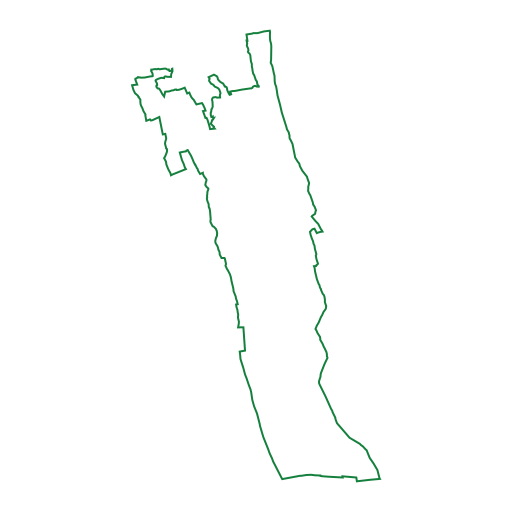 Bogdanita, Vaslui, Romania
{"feature_id": "2599482B30412636472664", "entity_name": "Bogdanita", "entity_type": "district", "adm_level": 2, "iso_a3": "ROU", "parent_name": "Romania", "parent_adm1": "Vaslui", "projection": "equal_earth", "projection_center": [27.663, 46.443], "detail": "fine", "context": "isolated", "style": "outline", "palette": "green", "viewbox_px": 512, "rotation_deg": 0, "n_neighbors": 0, "source": "geoboundaries", "source_scale": "gbopen_adm2", "svg_char_len": 5942}
<svg xmlns="http://www.w3.org/2000/svg" viewBox="0 0 512 512"><path d="M356.9,481.3L369.9,479.8L379.9,478.9L379.5,478.2L377.4,470.0L373.5,463.4L369.7,457.9L366.6,450.2L365.4,449.2L363.1,446.6L360.8,444.9L359.9,443.9L349.6,437.8L337.0,423.2L335.6,419.5L335.2,417.5L332.5,412.0L332.3,410.9L331.0,408.7L325.6,396.6L319.5,384.3L319.1,383.2L319.0,381.9L319.2,380.6L320.5,376.6L320.6,374.6L321.0,373.0L324.4,364.3L327.5,357.8L326.9,356.2L326.9,354.2L326.4,352.0L324.4,347.8L323.8,346.8L322.4,343.4L320.4,340.1L320.2,339.5L320.3,338.8L320.0,336.9L317.5,333.0L316.5,330.6L315.5,329.0L316.8,325.7L318.7,322.5L320.9,317.2L322.2,315.0L323.5,312.0L325.8,308.8L326.2,306.0L324.9,302.3L324.9,299.5L324.4,296.5L323.9,295.1L322.7,293.8L320.9,289.6L321.0,289.2L320.0,287.6L319.4,285.0L318.7,284.0L316.9,279.2L315.0,271.2L314.6,267.9L314.0,266.2L316.1,266.0L316.5,265.0L317.2,264.7L318.0,263.7L316.5,259.3L315.8,255.5L316.3,254.5L316.3,253.9L314.9,248.9L314.5,245.7L313.5,243.6L313.1,241.4L311.9,238.6L310.6,234.8L310.0,231.8L312.4,229.3L314.5,228.7L316.8,233.1L317.6,232.7L320.4,231.9L322.5,231.6L321.9,230.5L320.8,229.0L318.2,223.9L315.4,221.0L311.7,216.5L312.2,215.8L315.0,213.9L315.2,213.5L315.4,211.8L316.0,210.3L314.5,206.5L313.2,204.6L312.7,202.1L310.2,195.0L309.3,193.7L308.1,190.9L308.3,188.2L308.2,186.9L308.9,184.3L309.1,183.1L309.0,182.7L307.9,179.8L306.9,176.6L302.3,170.7L299.9,166.2L299.4,164.0L298.7,162.8L298.0,162.1L295.2,157.6L292.5,144.0L290.8,140.3L289.8,138.8L289.5,137.4L289.5,135.3L289.0,133.9L288.8,132.5L287.0,129.4L286.3,126.7L281.8,112.5L280.0,104.6L277.5,95.4L276.8,90.4L276.1,86.4L275.4,84.8L275.0,83.3L274.7,81.4L274.5,75.7L273.8,73.2L273.1,69.7L272.3,66.1L270.7,62.7L271.1,59.9L271.3,46.3L271.1,43.9L270.2,40.7L269.9,37.1L270.0,31.8L269.8,30.7L264.1,31.4L257.6,33.1L253.4,33.1L252.2,33.6L246.5,34.5L247.4,40.7L246.6,40.6L247.2,43.9L246.8,45.1L247.0,46.2L248.0,48.2L248.3,49.4L248.4,50.5L247.9,51.7L248.4,52.7L249.5,53.5L250.3,55.2L250.8,60.3L251.0,61.6L251.8,63.8L251.9,67.1L252.3,68.2L252.5,70.4L253.2,73.7L254.1,75.0L255.7,79.7L256.9,81.6L257.4,84.5L258.8,86.2L258.7,86.7L256.5,86.5L255.6,86.0L254.7,85.9L253.3,86.5L252.8,86.9L252.4,87.8L251.2,88.4L250.3,88.4L241.9,89.6L235.2,90.9L232.3,91.1L230.2,91.6L231.1,94.3L229.6,94.8L228.1,92.1L227.3,90.3L226.8,87.7L226.4,87.0L225.6,86.8L225.3,86.4L224.8,86.5L223.2,83.6L220.4,82.0L218.5,80.1L217.9,79.2L217.5,77.3L216.6,76.0L215.5,75.6L214.4,74.8L213.9,74.7L208.6,77.2L209.6,78.9L209.1,80.3L209.2,81.0L211.1,83.7L213.0,84.6L214.0,85.5L214.3,86.1L214.8,86.6L217.4,87.8L218.5,88.6L219.4,89.8L220.5,93.0L220.3,93.9L219.9,94.9L220.1,97.5L217.0,97.6L215.7,97.1L213.5,97.4L213.1,97.5L212.5,98.2L212.1,99.1L212.1,100.3L212.5,101.8L212.7,106.6L212.0,108.7L211.4,109.4L211.2,111.7L210.7,112.9L210.8,114.1L210.7,114.8L211.4,117.1L212.3,116.9L212.8,116.5L213.1,118.0L214.0,117.8L212.9,119.7L212.0,120.2L211.8,121.5L210.8,123.8L213.9,126.7L213.7,127.4L214.7,128.6L210.1,129.1L209.5,126.5L207.5,119.8L206.5,117.8L205.4,117.9L203.0,111.1L205.5,110.6L204.7,108.3L203.1,104.8L202.0,103.1L196.4,104.4L193.7,99.8L192.2,98.3L191.3,97.0L190.3,95.0L189.3,92.6L187.2,93.5L184.7,87.7L182.0,88.8L178.8,89.8L176.5,90.0L176.2,89.5L175.7,89.5L174.5,89.7L173.8,90.2L171.7,90.5L169.2,91.4L165.2,91.7L164.1,96.5L162.2,93.9L160.4,90.5L159.3,88.9L158.8,88.5L157.6,88.4L156.5,87.0L156.3,85.9L156.6,85.3L157.1,85.2L157.1,84.3L157.0,83.6L155.6,80.9L155.6,80.4L156.0,79.9L158.0,78.9L161.2,77.8L164.1,78.1L164.3,77.0L164.9,76.5L165.5,76.4L167.2,76.8L171.0,76.9L171.2,74.2L172.5,71.1L172.3,68.7L172.0,68.8L171.8,69.3L171.9,70.7L171.3,70.9L169.5,71.0L169.1,70.6L168.8,69.5L167.6,69.7L165.7,68.6L163.7,68.7L159.7,69.3L158.2,68.8L156.8,69.3L155.9,69.1L154.3,69.1L152.1,69.7L151.3,69.6L151.1,70.9L152.5,73.4L152.8,75.9L152.1,76.3L150.4,76.4L144.9,77.5L141.0,77.7L140.1,77.4L138.7,77.5L138.5,77.2L137.9,77.1L136.6,78.3L135.4,78.7L135.3,79.5L137.2,84.6L132.1,85.2L133.4,89.8L135.0,93.2L137.8,95.6L138.1,96.1L138.3,96.9L138.9,97.1L139.5,98.6L140.1,99.1L140.4,99.9L140.3,101.5L140.6,104.3L141.5,106.6L142.2,107.7L143.5,111.2L145.5,114.5L145.3,115.2L146.3,120.8L150.0,119.4L150.9,120.5L152.4,120.2L159.3,117.0L162.8,134.4L165.3,133.9L166.1,137.7L166.2,138.7L165.3,141.7L165.0,143.8L166.0,147.3L166.1,148.4L166.8,148.8L167.1,149.9L166.9,151.9L166.3,153.6L165.0,156.7L164.1,158.1L166.0,161.7L166.4,164.6L168.4,169.5L170.4,173.1L171.0,175.3L172.7,174.4L185.9,169.1L184.8,167.3L183.8,164.2L182.0,160.2L179.8,152.5L184.7,151.5L185.4,151.5L186.1,151.3L186.4,150.6L187.7,150.1L191.0,155.7L192.4,158.8L193.9,162.5L195.1,164.8L195.3,164.7L196.9,168.1L197.6,168.9L198.1,170.7L200.1,174.0L202.8,172.8L202.9,173.9L203.9,176.1L206.4,179.4L206.4,180.8L205.8,182.3L205.3,185.0L206.6,187.0L208.3,188.4L208.3,189.3L207.4,191.8L207.3,193.9L207.0,196.1L207.2,197.7L206.9,198.2L206.9,198.9L207.5,201.4L208.6,204.0L208.8,207.0L209.1,207.9L209.5,208.2L210.0,210.8L210.7,219.5L210.4,220.9L210.5,222.1L212.6,226.2L213.9,226.8L215.9,228.9L216.8,231.1L217.2,233.4L217.0,234.2L217.0,235.7L216.0,237.9L215.3,240.8L215.4,242.4L215.8,243.5L217.3,245.9L218.0,247.7L218.4,249.8L218.9,250.5L219.6,252.4L219.7,254.5L221.5,258.0L224.5,258.0L224.8,258.4L225.9,263.4L226.0,264.2L225.5,265.5L225.6,266.0L227.3,269.6L227.6,269.8L229.9,274.2L230.7,276.7L231.1,278.5L231.5,281.0L233.3,288.4L233.6,291.3L235.5,296.0L235.8,296.9L235.9,298.3L236.9,300.9L237.7,304.2L236.1,304.5L236.5,307.1L237.4,309.8L237.8,312.9L238.1,313.9L238.2,315.0L238.0,316.6L238.0,317.8L238.9,321.6L238.8,323.7L238.1,327.4L243.4,327.3L245.0,350.6L239.7,351.6L240.1,354.4L240.5,359.1L243.3,367.9L245.0,374.3L246.6,378.4L248.8,385.0L250.5,389.4L251.2,392.3L252.3,399.9L254.1,406.3L257.0,413.5L259.7,424.0L260.0,425.9L263.3,437.0L268.1,449.0L269.5,453.0L272.2,458.8L273.0,461.2L282.2,479.1L299.9,475.8L301.4,475.8L306.3,475.0L311.1,474.8L315.2,475.3L320.4,475.5L320.4,475.9L321.8,476.2L328.3,476.7L342.7,477.5L342.5,476.3L356.3,477.5L356.9,481.3Z" fill="none" stroke="#15803d" stroke-width="2"/></svg>